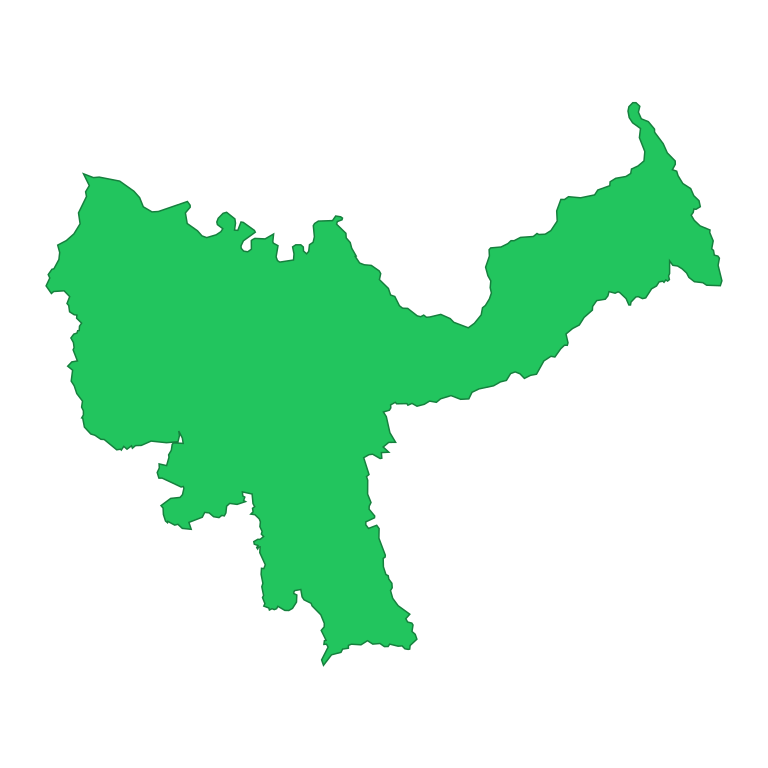 Kyaukse, Mandalay, Myanmar
{"feature_id": "60261553B75007894173024", "entity_name": "Kyaukse", "entity_type": "district", "adm_level": 2, "iso_a3": "MMR", "parent_name": "Myanmar", "parent_adm1": "Mandalay", "projection": "mercator", "projection_center": [96.313, 21.579], "detail": "fine", "context": "isolated", "style": "filled", "palette": "green", "viewbox_px": 768, "rotation_deg": 0, "n_neighbors": 0, "source": "geoboundaries", "source_scale": "gbopen_adm2", "svg_char_len": 6078}
<svg xmlns="http://www.w3.org/2000/svg" viewBox="0 0 768 768"><path d="M323.5,665.3L331.5,654.8L341.0,652.3L342.6,649.1L348.4,648.2L348.4,645.4L351.4,644.2L361.0,644.8L367.5,640.7L372.8,644.1L380.0,643.5L384.4,646.6L388.1,646.5L389.7,644.1L398.1,646.2L402.1,645.9L404.9,648.8L408.2,649.4L409.7,649.1L410.1,645.5L416.9,639.2L415.2,634.3L412.0,631.5L413.0,625.0L411.8,623.1L407.6,622.0L405.8,618.7L409.8,614.2L398.1,605.7L392.7,598.3L390.5,590.5L392.2,587.8L391.9,583.3L388.8,579.1L388.2,575.7L385.9,574.5L383.4,566.8L383.2,558.4L385.1,557.1L385.3,555.2L378.9,538.2L379.1,528.6L376.7,525.3L368.5,528.4L365.8,524.8L365.8,521.9L374.5,517.8L374.7,516.0L369.1,509.2L369.2,506.2L371.0,502.5L367.6,494.1L367.7,480.2L366.5,476.6L369.0,474.5L363.7,457.7L368.9,454.7L372.6,454.2L380.1,458.5L381.8,458.2L381.4,452.6L388.8,452.2L383.2,447.0L388.7,442.4L395.6,442.3L389.9,432.7L386.3,416.6L383.4,412.0L389.4,410.2L390.8,407.9L390.6,404.9L395.3,402.3L396.6,403.8L406.9,403.6L407.9,405.2L412.0,403.4L417.0,406.2L424.3,404.3L429.6,401.1L436.4,402.3L440.6,398.8L451.0,395.6L460.6,399.3L468.8,398.9L472.0,392.3L479.0,388.9L493.6,385.8L500.4,381.9L506.4,380.4L510.6,373.6L515.2,371.9L520.0,373.8L524.4,378.4L530.6,375.3L536.5,374.2L543.9,360.9L550.9,356.3L554.9,357.0L560.8,348.7L564.5,345.2L567.3,345.3L568.0,342.8L566.0,334.0L572.6,328.5L579.3,325.0L584.1,317.4L592.4,310.1L592.6,306.5L596.7,300.6L605.3,299.2L607.9,295.9L609.0,291.6L615.1,293.2L618.1,291.8L619.8,292.6L626.1,298.6L628.9,305.0L630.5,305.0L631.0,302.1L635.8,297.0L638.2,296.6L642.5,298.6L645.7,297.9L651.6,288.8L656.5,286.0L659.1,281.9L662.8,281.2L664.0,282.3L665.8,279.9L667.6,281.1L669.4,279.6L668.6,275.9L669.6,273.5L669.6,260.8L672.8,265.3L677.6,266.0L682.1,268.8L686.6,273.0L688.9,277.4L694.4,281.7L702.9,282.7L706.6,285.2L720.3,285.7L721.9,280.8L718.1,265.3L719.4,258.2L717.9,256.1L714.3,255.1L713.5,250.4L711.7,248.8L713.2,240.9L709.7,232.5L710.0,230.0L700.1,225.9L694.2,220.3L691.2,215.2L693.2,212.5L693.9,209.0L696.0,209.3L700.3,206.7L699.0,200.7L693.8,195.7L690.7,188.6L682.8,183.5L678.0,175.6L676.7,171.2L672.4,169.7L675.3,164.3L675.2,161.0L667.3,152.9L663.2,143.7L654.6,132.2L654.5,129.1L648.4,121.7L641.3,118.8L638.4,112.2L639.8,106.3L636.0,102.7L632.8,102.7L628.9,106.7L628.0,111.1L629.2,117.6L632.6,122.8L640.5,128.5L639.4,137.7L644.8,151.5L644.0,160.9L638.0,166.0L631.5,169.0L630.7,173.5L625.9,176.5L615.7,178.3L610.1,181.8L609.8,185.7L597.8,190.0L594.6,194.9L580.6,197.8L568.5,196.7L564.5,199.5L560.9,199.4L556.7,210.9L557.2,221.1L550.9,230.6L545.2,234.2L538.8,234.5L537.0,233.5L533.3,236.5L520.5,237.4L514.1,240.7L511.0,240.7L507.9,243.6L501.0,247.0L490.7,247.9L489.1,249.7L489.4,256.1L485.6,267.2L487.9,275.7L490.8,280.9L490.2,287.7L491.4,293.0L489.4,298.9L485.4,305.5L482.5,307.8L481.2,314.9L474.4,323.3L468.3,327.8L453.8,322.3L450.2,318.6L440.8,314.4L429.8,317.0L426.5,317.3L423.7,315.1L420.7,316.7L417.3,315.9L407.7,308.4L402.6,308.2L399.4,305.7L394.8,296.5L390.6,295.0L388.4,288.4L379.4,279.6L380.7,273.6L379.2,270.9L371.3,265.4L364.3,264.8L359.6,263.0L355.2,256.4L356.2,256.1L351.7,248.2L350.2,242.5L346.2,237.9L345.9,233.3L336.6,224.2L337.3,221.6L342.0,219.8L342.5,218.1L340.7,216.8L335.7,216.0L332.5,220.6L318.3,221.1L314.6,223.5L313.3,225.7L314.4,236.8L313.1,242.3L309.5,244.7L308.7,251.4L306.6,253.8L303.5,251.1L303.3,247.0L300.8,244.8L295.8,244.8L292.6,246.9L294.0,253.9L293.5,260.0L279.7,262.1L277.4,260.5L276.1,256.8L278.0,245.7L273.3,243.1L272.8,241.6L273.6,234.0L265.1,238.9L254.8,238.4L252.2,239.8L251.3,240.6L251.4,249.2L247.7,251.8L243.6,251.1L241.2,248.3L241.0,245.9L243.4,240.8L255.3,232.2L254.4,230.4L243.3,222.4L241.0,222.0L237.8,230.4L234.5,230.1L235.5,223.2L234.9,218.9L226.6,212.3L223.1,213.3L218.2,218.3L216.8,222.0L217.4,224.6L222.8,228.7L220.9,231.7L216.2,234.8L206.7,237.6L202.0,235.9L197.5,230.8L187.2,223.5L185.4,212.9L190.2,207.2L190.1,205.2L187.4,201.5L158.4,211.5L152.0,211.9L143.3,206.8L139.6,197.6L133.9,191.2L119.7,181.1L99.2,177.1L93.4,177.6L83.5,173.8L89.3,185.6L85.6,191.8L86.5,196.5L78.5,212.9L80.1,223.8L73.9,233.9L66.3,240.6L57.7,245.1L59.7,252.5L58.9,259.5L53.9,268.8L51.9,269.3L48.2,274.6L49.8,278.0L46.1,285.9L51.4,293.5L53.7,291.5L64.1,290.8L69.7,296.6L67.0,303.5L68.7,305.5L69.6,311.8L74.1,314.7L76.9,315.1L76.6,318.2L81.6,323.1L79.5,326.2L79.2,330.5L77.7,330.7L76.9,333.1L73.8,334.1L70.9,338.0L73.4,342.5L74.1,347.6L73.1,349.8L77.4,360.9L71.8,361.9L67.7,366.2L72.6,370.2L71.2,381.1L74.2,385.8L76.8,393.6L82.5,401.1L81.6,407.1L83.4,410.8L83.4,415.0L81.7,417.9L82.7,418.1L84.4,427.1L90.8,434.0L94.8,435.2L100.9,439.3L104.2,439.5L116.7,449.8L120.5,449.2L121.3,450.1L123.8,446.4L127.0,449.2L131.5,445.8L132.4,448.2L135.5,445.6L141.3,445.4L151.1,441.1L166.5,442.7L178.0,441.7L179.5,435.3L178.7,431.0L182.3,437.9L183.2,443.4L173.5,442.9L172.2,444.4L171.3,450.3L168.6,454.9L169.0,457.2L166.6,465.6L159.1,463.9L159.3,468.0L157.2,472.5L158.9,478.1L162.1,478.1L181.1,487.0L183.3,486.5L183.9,488.3L182.5,494.6L180.1,497.4L170.7,498.4L161.0,505.6L163.1,508.1L163.4,514.5L165.5,521.0L167.5,522.7L167.8,521.4L174.7,525.1L177.9,524.3L182.3,528.4L191.2,529.3L188.9,522.4L202.3,517.2L204.7,512.4L209.2,512.9L213.6,516.7L219.0,517.6L221.8,515.4L224.3,515.9L225.9,512.9L226.6,506.2L229.7,503.4L237.1,504.4L245.5,501.6L243.6,500.5L244.8,497.1L242.8,495.9L242.4,491.9L252.1,494.0L253.0,503.6L254.7,506.7L252.5,508.3L253.1,511.8L250.8,514.1L254.9,514.7L259.2,518.8L260.4,521.8L259.9,526.6L262.1,531.5L261.3,534.1L263.6,536.5L260.1,539.4L257.8,539.3L253.8,541.6L254.3,544.2L258.0,545.5L256.7,547.6L257.7,549.0L258.5,547.2L260.1,546.9L259.8,552.7L265.3,564.8L263.8,568.6L261.5,568.3L261.1,574.3L262.9,583.4L261.8,586.7L263.6,595.5L262.5,597.5L264.9,603.6L263.8,606.1L268.8,608.0L269.4,610.0L272.0,608.7L274.3,609.6L276.6,608.7L277.9,606.3L284.8,610.4L288.8,610.5L292.5,608.4L296.5,602.1L296.8,595.0L293.8,593.5L293.9,591.8L294.7,590.6L300.8,589.5L302.1,596.9L304.0,599.8L311.1,603.3L312.1,605.9L320.8,614.8L324.3,623.3L324.2,626.9L321.2,630.4L326.1,640.3L324.4,640.7L323.9,644.4L326.5,644.2L328.1,647.1L321.6,659.9L323.5,665.3Z" fill="#22c55e" stroke="#15803d" stroke-width="1.5"/></svg>